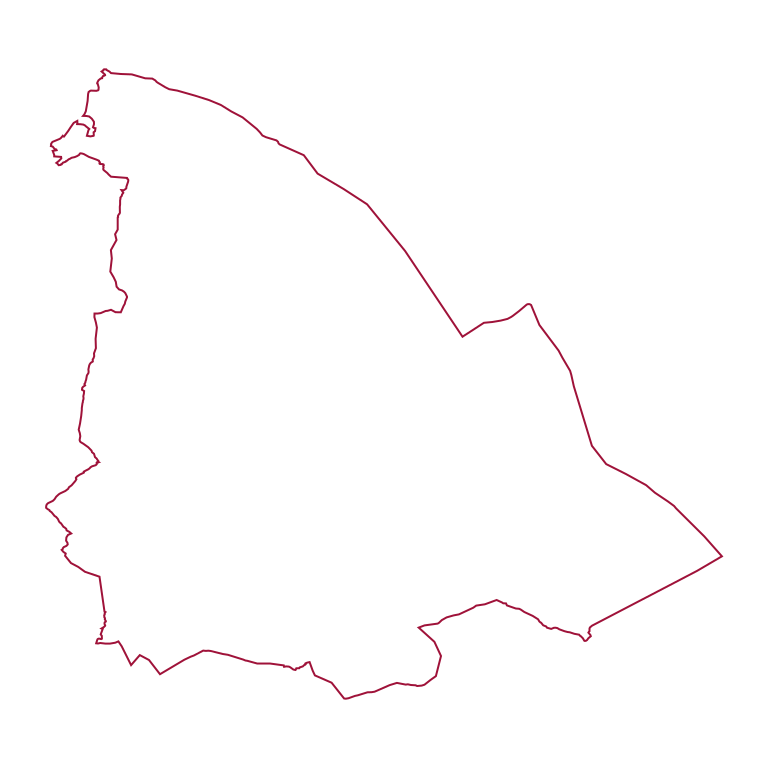 Rælingen nor, Akershus, Norway
{"feature_id": "86288312B33593652809253", "entity_name": "Rælingen nor", "entity_type": "district", "adm_level": 2, "iso_a3": "NOR", "parent_name": "Norway", "parent_adm1": "Akershus", "projection": "equal_earth", "projection_center": [11.038, 59.891], "detail": "fine", "context": "isolated", "style": "outline", "palette": "rose", "viewbox_px": 768, "rotation_deg": 0, "n_neighbors": 0, "source": "geoboundaries", "source_scale": "gbopen_adm2", "svg_char_len": 5871}
<svg xmlns="http://www.w3.org/2000/svg" viewBox="0 0 768 768"><path d="M303.8,155.2L279.6,144.4L278.5,143.3L278.1,141.9L276.5,140.4L266.0,137.2L262.4,135.5L260.1,132.5L256.7,128.9L242.6,117.4L231.2,111.4L220.9,105.0L209.1,100.1L195.2,95.7L177.3,90.6L169.2,89.2L165.2,87.2L157.9,82.8L156.6,81.9L155.3,80.4L152.3,78.6L145.2,78.3L131.8,74.4L120.9,74.0L111.0,73.1L109.5,71.6L106.6,70.0L106.3,69.4L104.1,69.3L103.4,69.8L103.3,70.4L101.6,71.5L105.0,74.6L105.1,75.2L104.0,75.8L103.2,75.9L102.1,77.5L102.1,78.2L100.7,78.5L98.5,80.3L97.3,82.6L97.2,83.4L97.6,83.5L98.7,87.4L98.5,89.8L98.1,90.3L96.4,90.8L90.9,90.6L90.1,90.9L88.6,92.0L88.1,94.0L87.6,101.0L85.8,111.3L84.4,114.3L83.1,115.9L86.5,116.0L89.2,116.5L91.8,118.7L93.9,121.7L94.0,124.1L93.0,127.3L93.8,127.9L95.5,128.2L95.0,131.2L93.6,132.3L93.8,135.2L93.6,135.8L90.4,136.4L86.9,135.8L88.5,130.0L89.3,129.0L85.9,126.3L85.1,125.5L83.4,124.6L80.3,124.2L77.1,124.1L77.4,122.6L77.3,120.9L73.7,122.9L70.8,127.0L68.1,131.1L64.0,136.6L63.0,136.4L62.7,135.9L60.8,138.1L59.7,138.9L52.7,141.8L52.0,142.4L51.0,144.1L51.2,144.6L50.9,146.1L52.7,146.6L54.6,149.0L56.3,149.5L56.6,150.2L52.7,150.9L54.2,154.9L54.2,156.4L61.1,156.9L61.3,158.4L58.9,160.9L56.4,162.9L57.2,163.4L58.7,165.2L60.7,164.9L61.3,164.1L61.8,164.2L62.9,162.7L65.7,161.7L66.0,161.1L66.9,160.8L68.7,159.3L70.3,158.6L71.5,157.8L74.7,157.1L77.1,156.1L79.2,154.8L79.8,153.6L80.6,153.3L82.4,153.6L83.9,154.1L88.9,156.9L96.4,159.6L98.9,160.7L98.9,161.1L99.9,162.3L99.5,163.1L99.5,163.6L100.0,164.0L102.5,164.1L103.5,164.4L103.8,165.1L103.4,165.4L103.2,166.0L103.3,166.9L103.6,167.2L103.2,169.0L103.6,170.0L107.4,173.1L108.5,174.4L111.0,176.7L126.6,177.9L126.5,178.1L128.1,179.4L128.3,180.1L128.1,181.7L126.4,186.7L126.3,188.2L125.7,188.9L123.7,190.3L121.5,190.1L123.3,192.8L122.0,194.6L121.8,195.8L120.6,197.3L120.3,198.0L120.5,198.6L120.1,200.3L120.1,204.4L119.8,206.8L119.9,212.7L119.6,213.6L119.1,214.0L118.2,215.4L117.9,216.1L118.1,217.1L117.7,217.6L117.7,229.6L115.1,234.2L116.5,240.0L110.9,250.1L111.8,258.5L110.3,271.6L113.6,277.2L115.8,281.8L116.6,286.7L119.0,289.4L122.0,290.4L124.0,291.7L125.3,293.1L127.0,296.6L127.0,297.4L125.3,301.5L124.8,303.8L123.5,306.1L120.8,312.3L115.5,312.2L111.0,309.8L107.6,310.8L105.6,311.0L100.7,313.1L97.9,313.5L94.5,313.5L94.4,317.1L95.9,322.5L96.9,327.6L95.6,338.8L95.9,348.2L94.0,353.4L94.2,356.2L93.4,358.5L92.7,359.4L92.8,361.5L90.8,362.8L89.8,364.1L89.2,365.5L88.4,369.4L88.6,371.9L88.4,373.1L86.9,375.4L86.1,379.8L85.5,381.4L85.3,382.6L84.4,384.1L85.1,385.4L83.2,386.7L82.3,387.7L82.0,389.4L82.0,389.8L84.1,391.0L83.9,393.6L83.3,396.3L83.5,397.7L83.5,399.0L82.9,401.0L82.8,402.4L82.5,403.1L81.8,408.1L81.8,410.1L81.2,416.0L80.0,423.7L78.7,429.7L79.8,433.1L80.3,436.2L79.6,440.0L80.0,441.3L80.6,442.1L83.3,443.7L88.2,447.2L91.5,450.6L92.0,452.2L94.0,453.8L95.0,457.1L96.7,458.6L97.2,459.5L98.3,461.0L98.0,461.6L98.7,462.1L97.7,462.3L97.9,462.6L97.7,462.7L96.8,462.4L96.6,462.7L96.7,464.3L95.7,465.2L92.1,466.3L90.6,467.2L89.6,468.3L88.6,469.1L83.8,471.6L84.0,472.3L83.8,472.7L79.8,474.6L77.1,476.4L75.9,477.7L75.9,478.2L76.4,479.2L75.3,481.0L71.6,485.3L68.9,487.3L68.2,488.8L65.3,491.0L60.2,493.4L58.8,494.3L56.2,496.7L54.5,499.3L52.8,500.9L48.0,503.2L46.7,504.5L46.2,506.0L46.1,507.8L47.6,509.1L49.4,510.1L49.7,510.9L51.6,512.3L54.5,515.9L56.2,517.0L57.9,519.0L59.1,521.6L60.2,522.8L61.0,523.3L63.5,526.9L64.4,527.3L66.2,528.8L66.6,530.4L69.4,531.9L71.2,533.5L68.0,534.9L66.4,537.4L66.1,540.7L67.5,542.9L67.7,544.5L66.4,545.9L63.8,547.1L62.8,548.3L62.6,549.3L61.7,549.9L63.4,551.9L65.7,553.5L65.1,555.8L71.0,563.1L78.2,566.9L85.0,571.8L99.5,576.7L104.5,611.6L105.5,612.1L104.7,613.3L104.7,614.5L104.2,615.2L104.4,617.4L105.0,618.2L104.8,619.3L105.9,621.2L105.7,621.7L104.8,622.2L104.6,622.6L104.5,623.5L104.7,624.5L105.2,625.3L105.1,625.8L103.8,627.1L101.5,628.5L102.7,629.0L100.7,634.4L101.8,635.8L101.9,638.7L101.1,639.1L99.0,638.6L98.2,638.8L97.6,639.2L97.2,640.0L96.2,643.3L98.0,643.5L100.2,643.0L105.4,643.6L110.0,643.6L115.3,642.7L118.4,641.4L121.7,646.3L131.1,665.1L139.8,655.1L149.0,660.0L160.0,674.2L184.4,659.7L190.7,656.7L193.9,655.5L203.2,650.6L205.8,650.9L208.4,650.7L210.8,651.0L222.8,654.0L227.9,654.8L243.3,659.6L245.4,660.5L247.3,660.8L257.1,663.5L269.8,663.5L283.8,665.4L284.1,666.8L286.1,666.4L288.9,666.6L290.3,667.3L293.3,669.5L295.4,670.0L295.7,669.8L296.3,668.3L299.3,668.2L299.7,667.4L302.8,666.4L304.4,664.9L305.2,664.7L305.7,664.1L305.3,663.6L305.4,663.4L307.0,662.7L309.6,662.1L312.7,670.7L314.9,675.4L331.6,682.7L344.1,698.5L345.8,698.7L348.6,698.2L355.0,695.9L357.8,695.3L367.5,692.3L371.5,692.2L374.6,691.7L389.7,685.1L396.9,682.9L405.7,684.6L407.9,684.3L410.9,685.0L415.8,685.3L416.3,685.7L417.2,686.0L421.7,685.6L424.5,684.7L430.6,679.9L435.9,676.1L441.0,656.0L434.4,641.8L418.7,627.6L424.5,625.4L437.7,623.6L439.0,622.8L441.8,620.1L446.6,617.4L453.6,615.4L458.9,614.4L473.3,607.7L476.2,605.6L484.9,604.3L496.6,600.0L501.9,602.4L503.2,603.3L506.0,603.4L506.9,605.4L515.8,608.5L519.2,608.8L520.8,609.6L524.3,612.0L532.7,615.9L538.1,619.3L539.3,621.4L540.4,622.4L541.1,622.7L543.2,625.3L546.2,626.5L547.0,627.7L551.2,628.9L553.9,627.8L555.5,627.7L557.4,628.1L559.3,629.3L564.5,631.2L567.5,632.0L569.8,632.3L574.3,633.8L579.2,634.7L579.9,635.7L580.7,636.1L582.9,638.3L584.2,640.6L584.5,640.9L585.7,640.9L587.0,640.1L588.4,638.2L590.8,636.2L590.4,635.0L588.4,632.6L589.1,631.5L589.5,631.2L589.5,628.6L589.9,627.5L592.0,625.7L697.2,570.8L721.9,556.3L704.2,536.3L676.0,508.3L674.1,506.0L668.0,501.5L654.9,492.7L646.2,485.2L625.9,474.0L606.2,464.1L591.9,445.8L573.8,386.2L571.3,374.9L570.1,370.8L562.4,357.7L558.6,350.6L539.4,325.0L531.1,305.0L529.7,304.2L528.9,304.1L527.6,304.2L526.7,304.6L518.9,311.2L512.9,315.8L511.1,317.0L507.5,318.9L500.7,320.6L492.3,322.0L483.9,322.8L462.5,336.7L405.1,251.0L367.1,204.3L343.6,189.0L317.6,173.6L303.8,155.2Z" fill="none" stroke="#9f1239" stroke-width="2"/></svg>